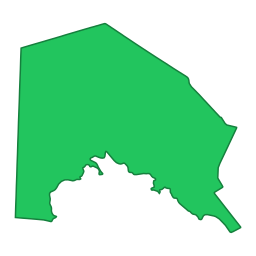 map outline of Karakalpakstan (orthographic projection)
{"feature_id": "UZB-356", "entity_name": "Karakalpakstan", "entity_type": "Automonous Region", "adm_level": 1, "iso_a3": "UZB", "parent_name": "Uzbekistan", "parent_adm1": "", "projection": "orthographic", "projection_center": [58.854, 43.272], "detail": "fine", "context": "isolated", "style": "filled", "palette": "green", "viewbox_px": 256, "rotation_deg": 0, "n_neighbors": 0, "source": "natural_earth", "source_scale": "10m", "svg_char_len": 3968}
<svg xmlns="http://www.w3.org/2000/svg" viewBox="0 0 256 256"><path d="M121.6,34.4L123.7,35.9L129.3,39.6L135.4,43.7L141.8,47.9L148.5,52.3L155.1,56.6L161.5,60.7L167.6,64.6L173.1,68.2L178.0,71.3L182.0,73.8L184.9,75.6L187.0,77.0L187.9,77.9L188.5,79.1L188.8,80.2L189.1,82.6L189.4,83.7L191.4,86.8L195.4,90.8L197.2,92.7L199.1,94.6L201.5,97.2L203.5,99.4L205.5,101.5L207.5,103.7L209.5,105.8L211.4,107.9L213.4,110.0L215.3,112.1L217.3,114.2L219.9,117.0L220.6,117.3L221.3,117.5L225.1,123.5L226.9,125.0L236.1,127.2L236.6,127.4L236.6,127.9L236.4,128.4L228.0,146.2L219.9,163.3L218.2,167.7L217.8,177.3L217.8,177.9L217.9,178.3L222.1,185.4L222.8,186.8L222.7,187.1L222.3,187.5L215.1,191.9L214.3,192.6L214.4,193.2L214.7,193.8L230.2,213.7L240.6,227.0L240.6,227.6L232.9,231.7L231.1,232.4L230.6,232.2L230.1,232.0L229.9,231.8L225.5,225.4L219.4,219.0L217.3,217.6L215.7,216.6L214.0,216.0L207.4,214.6L205.5,214.7L204.8,214.8L204.2,215.2L203.7,215.6L203.1,216.3L201.8,219.0L201.2,219.5L200.4,219.6L199.5,219.3L199.3,219.2L198.8,218.9L198.3,217.6L197.9,216.9L196.0,214.9L195.3,214.6L193.3,214.2L192.5,213.9L191.4,213.0L190.1,211.6L189.7,211.4L189.3,211.2L188.4,211.0L180.0,203.8L178.9,202.6L178.0,201.0L177.4,199.2L177.0,198.5L176.4,198.2L174.7,198.1L174.0,198.0L173.4,197.6L172.9,197.0L171.9,195.3L171.5,194.1L170.6,192.7L170.3,192.0L170.3,189.9L170.1,188.9L169.6,188.5L167.9,188.4L166.2,188.0L165.8,187.8L165.1,187.2L164.5,187.3L164.3,187.4L163.7,188.0L162.0,189.3L161.3,189.6L160.3,189.7L159.8,189.8L159.6,190.0L159.5,190.4L159.6,190.6L160.0,191.4L160.1,191.9L159.7,192.9L159.3,193.4L158.5,192.2L157.5,191.3L153.8,190.0L152.0,190.1L151.5,189.9L151.2,189.2L151.2,188.6L151.6,188.2L152.2,188.0L154.2,187.1L154.1,185.3L153.4,183.1L153.7,180.9L154.3,180.5L155.0,180.2L155.5,179.8L155.6,179.0L155.2,178.4L154.4,178.0L152.9,177.4L151.7,176.3L150.7,174.8L149.6,173.7L148.0,173.5L146.5,173.7L143.6,173.5L136.4,174.6L134.6,174.6L133.7,174.3L132.4,172.8L131.6,172.5L129.8,172.4L128.8,171.8L128.4,171.0L128.0,167.5L127.6,166.6L127.1,165.8L125.0,163.6L124.1,163.1L123.3,163.2L122.3,163.6L121.3,163.9L120.3,164.0L118.8,163.7L116.4,162.6L114.1,160.5L106.8,151.8L106.0,151.4L105.4,152.4L104.9,156.3L104.2,157.7L102.8,158.1L101.0,158.0L99.3,157.5L95.6,156.0L94.8,156.0L94.2,156.2L92.4,157.3L91.1,157.8L90.5,158.3L90.1,159.0L90.3,159.9L91.0,160.4L95.2,162.5L96.4,163.4L97.4,165.1L98.3,167.2L100.8,171.4L102.2,173.0L102.6,173.4L102.7,173.8L102.6,174.1L102.2,174.4L100.0,174.7L99.4,174.6L99.0,174.0L99.1,173.2L99.2,172.4L99.4,171.6L99.0,170.0L98.2,168.8L97.0,167.9L93.6,166.3L92.9,166.1L92.3,166.2L91.0,166.8L90.5,166.8L89.9,166.5L89.2,165.3L88.7,164.8L88.0,164.6L87.3,164.6L86.5,164.7L85.9,165.0L85.5,165.4L85.2,166.0L84.3,167.0L83.4,167.4L82.8,167.9L83.0,169.1L83.7,170.7L83.8,171.4L83.5,172.5L82.0,175.6L81.5,176.2L80.2,176.6L79.9,177.2L80.2,177.9L80.6,178.4L80.7,178.9L79.9,179.4L79.3,179.5L76.9,179.4L76.3,179.6L74.4,180.5L72.8,180.8L68.0,179.8L64.7,179.9L61.4,181.4L58.6,184.1L56.7,187.6L55.3,189.5L53.9,190.5L50.6,192.0L49.6,193.3L49.5,195.1L50.2,198.8L50.1,200.5L49.8,202.0L49.7,203.5L50.3,205.1L51.0,206.4L51.4,207.6L51.5,208.9L51.4,210.6L51.6,211.9L52.0,213.1L52.7,214.3L53.4,215.2L53.9,215.5L54.4,215.8L56.1,216.3L56.4,216.5L56.3,216.8L55.9,217.3L55.2,217.8L53.5,218.5L52.8,219.3L51.7,221.3L51.0,221.6L46.8,220.6L43.6,219.9L35.8,219.2L34.6,219.1L27.4,218.5L21.0,218.0L15.4,217.5L15.7,206.9L16.1,196.3L16.4,185.7L16.8,175.2L17.1,164.6L17.5,154.0L17.8,143.4L18.2,132.8L18.5,122.2L18.9,111.6L19.3,101.0L19.6,90.5L20.0,79.9L20.4,69.3L20.7,58.7L21.1,48.1L24.3,47.1L27.4,46.2L30.4,45.3L33.5,44.4L36.6,43.5L39.7,42.6L42.8,41.7L45.2,41.0L45.8,40.8L48.9,39.9L52.0,39.0L55.1,38.1L58.1,37.2L61.2,36.3L64.3,35.3L67.3,34.4L70.4,33.5L74.5,32.3L78.5,31.1L82.6,29.9L86.7,28.7L88.5,28.2L90.4,27.6L92.3,27.1L94.2,26.6L96.1,26.0L98.1,25.5L100.0,24.9L102.0,24.3L104.6,23.6L105.4,23.7L106.2,24.1L108.7,25.8L109.4,26.2L111.4,27.6L114.6,29.7L118.7,32.5L121.6,34.4Z" fill="#22c55e" stroke="#15803d" stroke-width="1.5"/></svg>